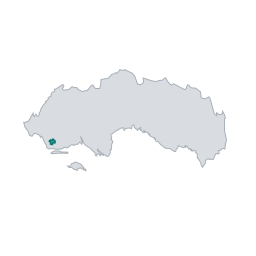 Emmaboda, Kalmar, Sweden shown in context, rotated 65°
{"feature_id": "70781695B16590141300701", "entity_name": "Emmaboda", "entity_type": "district", "adm_level": 2, "iso_a3": "SWE", "parent_name": "Sweden", "parent_adm1": "Kalmar", "projection": "robinson", "projection_center": [15.568, 56.666], "detail": "fine", "context": "in_parent", "style": "filled", "palette": "teal", "viewbox_px": 256, "rotation_deg": 65, "n_neighbors": 0, "source": "geoboundaries", "source_scale": "gbopen_adm2", "svg_char_len": 4536}
<svg xmlns="http://www.w3.org/2000/svg" viewBox="0 0 256 256"><g transform="rotate(65 128 128)"><path d="M63.5,169.0L64.4,170.8L66.2,170.6L67.0,169.3L68.1,165.4L66.9,161.2L68.6,159.7L69.7,157.4L72.3,156.7L75.7,154.0L76.1,151.3L76.9,149.3L74.1,143.3L74.0,141.8L78.3,141.0L80.3,137.0L77.3,134.5L72.7,132.0L74.5,124.4L72.6,120.2L72.9,118.4L72.7,115.7L73.8,114.6L71.7,110.7L74.0,107.9L73.6,106.5L80.1,101.0L84.3,100.0L92.1,100.8L94.0,98.7L94.0,97.5L93.4,94.7L89.0,93.1L93.8,88.2L97.6,83.5L98.3,79.0L99.2,77.1L98.3,72.8L103.3,72.3L107.7,70.5L107.1,68.1L116.9,60.7L117.2,59.4L116.4,58.2L114.1,55.9L114.8,54.9L117.4,54.3L118.6,53.3L120.5,49.8L125.8,47.1L131.7,48.9L134.2,45.9L133.9,41.6L136.0,41.2L151.7,43.8L154.3,42.3L151.6,41.4L154.2,39.7L154.9,38.7L155.1,37.4L155.0,36.8L152.8,35.2L157.7,35.0L160.4,35.7L160.6,36.7L171.4,41.7L179.9,43.7L182.4,45.1L183.3,46.7L184.7,46.8L186.3,48.2L188.0,49.1L186.7,50.1L186.8,52.4L187.3,53.5L186.6,55.5L189.4,56.0L189.9,57.2L188.5,58.4L188.7,59.8L192.5,63.9L191.6,65.3L191.4,67.0L189.9,68.2L189.7,69.5L190.1,71.2L190.7,72.0L192.3,72.5L195.1,77.0L192.4,77.3L190.4,76.7L185.7,77.2L184.5,77.9L180.8,76.1L178.8,77.1L177.4,76.2L176.3,77.7L176.1,79.7L174.4,79.5L175.0,80.3L172.7,80.5L172.6,80.8L173.1,81.3L172.4,81.9L169.2,82.1L168.9,82.8L169.8,83.5L169.8,84.0L167.7,83.3L169.2,84.7L169.5,85.8L165.3,90.0L166.8,91.2L168.0,93.6L169.4,94.7L168.9,95.9L164.4,98.6L162.0,102.8L156.3,105.6L153.4,106.3L151.5,108.3L149.2,107.7L149.1,108.9L147.7,108.1L146.5,109.9L144.4,111.4L142.2,111.1L141.9,111.4L142.6,111.8L140.0,112.2L139.3,113.8L137.4,114.2L137.0,114.7L139.0,114.8L138.6,116.1L136.4,116.7L135.6,117.5L134.6,117.5L134.8,116.9L133.3,116.9L132.9,116.2L132.6,116.4L133.6,118.4L132.9,119.3L134.3,120.1L130.2,122.1L127.8,121.3L127.5,121.9L128.0,123.7L130.2,125.1L128.9,126.0L127.5,130.1L128.5,132.5L125.7,132.0L125.9,132.9L125.0,134.0L125.4,135.6L125.1,136.6L125.8,137.6L125.4,138.1L125.9,142.5L126.7,144.4L126.4,145.9L127.6,146.7L130.1,146.9L130.8,148.2L133.9,147.4L136.2,149.9L140.4,152.0L140.2,153.4L142.9,154.4L144.5,156.3L145.2,157.9L145.0,158.9L140.9,161.6L137.7,163.4L134.3,164.5L134.5,164.9L136.1,165.1L140.2,163.8L141.4,164.9L139.2,165.4L138.8,167.0L137.8,168.0L129.0,171.5L127.8,172.6L123.8,174.4L116.7,174.3L115.6,174.6L121.8,175.4L123.3,176.7L120.3,177.5L121.6,180.6L120.9,181.4L120.8,184.8L119.8,184.8L119.3,186.3L119.9,189.7L120.4,190.7L120.2,191.6L118.5,194.0L119.1,196.7L117.2,201.8L115.0,204.7L113.3,208.7L111.4,210.0L109.2,209.2L105.9,209.7L99.9,209.5L99.1,209.9L99.6,211.3L97.4,211.1L93.6,214.2L93.4,215.6L94.9,218.5L93.1,220.3L89.0,219.9L83.6,221.0L78.7,220.1L79.4,219.1L79.8,215.3L74.4,207.7L77.0,208.5L78.0,208.1L76.5,205.6L78.7,205.4L79.4,204.5L79.0,203.1L77.2,202.5L75.7,200.2L74.0,199.0L71.2,194.5L70.2,191.4L69.2,191.7L68.3,188.1L66.8,187.6L66.5,184.0L64.9,183.6L63.8,182.0L63.7,178.8L61.8,178.4L62.1,176.9L61.5,171.4L60.9,169.7L61.5,168.4L62.6,168.3L63.5,169.0ZM146.8,185.9L145.9,186.3L145.4,187.3L144.0,187.8L143.8,190.9L145.1,192.1L143.8,192.6L142.9,194.3L140.5,195.4L139.5,196.5L139.0,198.0L136.9,198.8L138.4,196.5L136.4,193.9L136.8,192.9L136.6,189.9L140.9,186.0L142.9,185.5L143.8,186.0L144.2,185.0L144.9,184.8L146.8,185.9ZM119.2,207.7L118.1,208.4L117.8,207.4L117.9,203.8L120.3,199.4L121.3,199.1L124.2,193.2L124.5,192.8L125.5,193.2L124.8,193.8L124.9,194.8L123.0,197.9L122.5,200.0L121.9,200.5L119.2,207.7ZM147.6,184.7L147.5,185.6L146.4,184.9L147.4,183.9L149.5,184.1L147.6,184.7ZM142.2,162.0L140.8,163.4L140.5,162.8L140.8,162.1L142.2,162.0ZM139.3,169.1L138.6,169.2L139.1,168.3L140.0,168.1L139.3,169.1Z" fill="#d9dde1" stroke="#a8b0b8" stroke-width="1"/><path d="M107.7,204.6L108.2,204.4L108.6,204.3L108.9,204.5L109.1,204.6L109.4,204.9L109.7,205.1L109.9,204.9L110.1,204.7L110.3,204.4L110.7,204.1L110.8,204.0L110.6,203.8L110.7,203.6L110.8,203.5L110.9,203.3L110.8,203.0L110.6,202.8L110.4,202.7L110.1,202.5L110.0,202.4L109.9,202.2L109.6,202.2L109.7,201.9L109.8,201.7L110.1,201.4L110.1,201.2L110.3,200.9L110.4,200.7L110.6,200.5L110.4,200.3L110.2,200.2L110.0,200.3L109.8,200.2L109.7,200.0L109.6,199.9L109.4,199.7L108.9,199.7L108.6,199.7L108.6,199.8L108.4,200.0L107.8,200.2L107.5,200.2L107.2,200.3L106.8,200.4L106.7,200.4L106.4,200.7L106.6,200.8L106.7,201.1L106.9,201.3L107.1,201.3L107.3,201.6L107.0,201.8L107.0,202.0L106.9,202.2L107.0,202.4L106.8,202.7L106.6,202.8L106.4,202.9L106.6,203.0L106.8,203.2L106.8,203.4L106.6,203.5L106.4,203.7L106.4,203.9L106.2,204.2L106.3,204.4L106.4,204.5L106.4,204.4L107.1,204.4L107.5,204.5L107.7,204.6Z" fill="#14b8a6" stroke="#0f766e" stroke-width="1.5"/></g></svg>